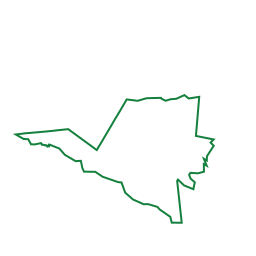 the district of Lancaster, South Carolina, United States of America, rotated 300°
{"feature_id": "52423323B10055621117527", "entity_name": "Lancaster", "entity_type": "district", "adm_level": 2, "iso_a3": "USA", "parent_name": "United States of America", "parent_adm1": "South Carolina", "projection": "orthographic", "projection_center": [-80.794, 34.767], "detail": "fine", "context": "isolated", "style": "outline", "palette": "green", "viewbox_px": 256, "rotation_deg": 300, "n_neighbors": 0, "source": "geoboundaries", "source_scale": "gbopen_adm2", "svg_char_len": 1445}
<svg xmlns="http://www.w3.org/2000/svg" viewBox="0 0 256 256"><g transform="rotate(300 128 128)"><path d="M190.6,174.1L183.9,165.8L184.7,160.4L177.4,155.2L174.3,150.6L170.4,146.9L170.1,142.1L170.6,141.5L163.1,129.2L156.4,122.8L152.1,112.6L137.2,112.5L136.1,112.4L136.0,112.5L131.4,112.4L130.9,112.3L124.8,112.3L121.6,112.3L110.9,112.2L99.7,112.1L98.2,112.0L93.3,112.0L93.4,110.8L93.9,106.5L96.0,87.0L97.1,76.8L91.1,68.5L91.0,68.4L87.3,63.4L82.6,56.8L75.1,46.1L71.7,41.2L66.3,34.1L66.3,43.1L68.4,47.2L65.4,52.2L67.2,55.5L71.4,60.2L70.5,61.8L70.8,61.9L70.9,62.0L70.8,62.3L70.9,62.6L71.0,62.7L71.1,63.1L71.2,63.4L71.3,63.7L71.3,63.8L71.3,64.0L71.3,64.3L71.4,64.5L71.7,64.6L71.8,64.8L71.7,65.0L71.8,65.1L71.8,65.4L71.8,65.5L72.0,65.9L72.2,66.1L72.1,66.3L71.9,66.6L71.7,66.9L71.7,67.1L71.6,67.5L72.0,67.9L72.1,67.6L72.2,67.4L72.3,67.4L72.5,67.6L72.6,67.9L72.8,68.7L73.1,68.5L73.2,68.3L73.4,68.3L73.4,68.2L73.6,68.1L73.8,67.9L74.0,67.8L74.3,67.9L75.9,78.8L73.2,86.7L73.1,99.2L76.0,103.6L70.5,108.5L68.2,111.7L73.7,121.6L73.1,130.4L76.2,146.5L77.6,149.6L70.6,157.9L68.6,168.1L69.8,179.7L72.1,183.4L74.4,193.0L73.3,196.0L72.2,209.1L67.9,213.2L72.8,221.9L106.8,197.0L108.3,197.1L106.3,205.3L107.7,215.2L114.4,213.0L115.4,207.6L118.1,204.3L120.4,204.5L123.7,211.2L128.1,215.6L134.7,211.7L134.7,215.0L139.3,209.1L139.2,212.5L143.0,210.5L155.5,211.1L156.7,206.8L160.9,207.9L155.1,190.8L190.6,174.1Z" fill="none" stroke="#15803d" stroke-width="2"/></g></svg>